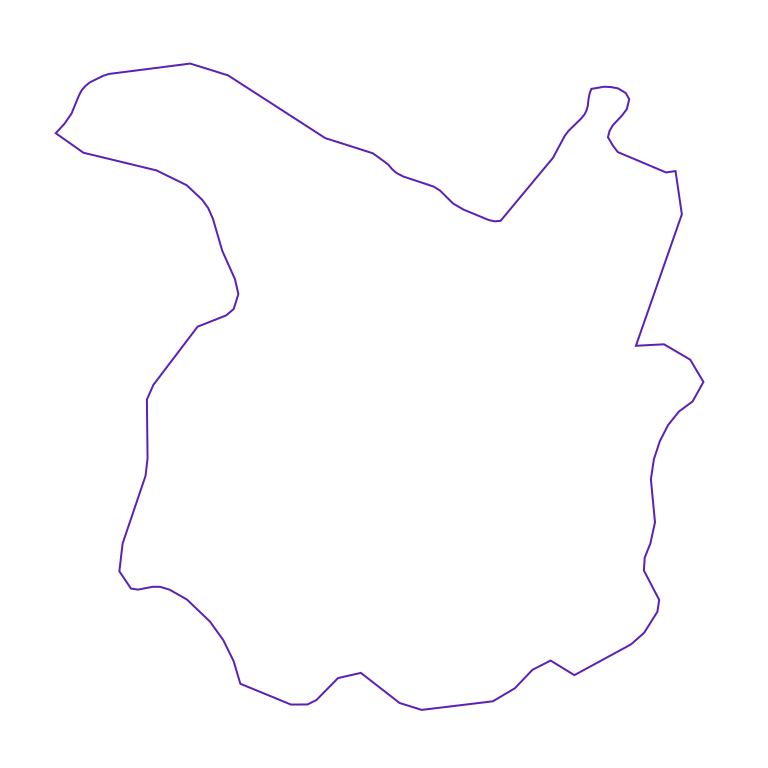 Pistoia, Natural Earth projection, rotated 358°
{"feature_id": "ITA-5384", "entity_name": "Pistoia", "entity_type": "Province", "adm_level": 1, "iso_a3": "ITA", "parent_name": "Italy", "parent_adm1": "", "projection": "natural_earth1", "projection_center": [10.855, 43.979], "detail": "fine", "context": "isolated", "style": "outline", "palette": "violet", "viewbox_px": 768, "rotation_deg": 358, "n_neighbors": 0, "source": "natural_earth", "source_scale": "10m", "svg_char_len": 1455}
<svg xmlns="http://www.w3.org/2000/svg" viewBox="0 0 768 768"><g transform="rotate(358 384 384)"><path d="M131.1,580.9L124.0,579.6L113.0,562.0L117.2,534.3L142.5,467.4L145.1,450.1L146.5,391.3L153.5,376.8L199.7,320.2L228.7,309.9L236.4,303.8L241.6,289.1L238.7,274.0L227.0,245.2L218.8,212.9L214.4,202.0L208.7,193.5L193.8,178.5L164.1,162.6L91.7,142.4L64.7,121.9L73.9,112.6L81.2,102.7L89.1,85.2L92.1,79.9L96.1,75.6L100.7,72.2L114.0,66.2L120.2,64.5L201.5,57.0L238.9,70.1L334.0,136.3L354.6,143.6L381.0,153.1L395.8,164.7L399.5,169.5L403.9,173.6L410.7,177.4L440.4,188.4L446.8,192.7L459.3,206.0L469.8,212.6L494.4,223.8L500.5,225.3L506.2,225.0L560.8,163.8L573.5,142.0L577.4,137.3L590.5,125.4L593.8,121.5L595.6,118.3L597.3,113.5L598.2,107.3L599.5,101.2L601.5,96.3L614.4,94.6L620.7,95.1L628.2,96.7L635.8,101.7L639.0,107.9L636.3,117.7L631.5,123.7L621.8,133.3L618.3,138.8L616.4,145.2L621.2,153.9L625.8,160.4L673.2,182.4L682.8,181.4L687.6,224.8L637.1,354.6L665.2,354.1L690.9,370.4L703.3,393.1L691.8,412.2L677.9,421.7L666.6,434.8L657.7,450.7L651.1,468.6L647.4,488.5L650.0,531.7L644.6,552.8L638.5,566.6L637.2,579.4L651.5,609.4L649.3,621.1L635.3,641.7L621.8,652.8L564.1,681.6L540.8,666.2L522.4,674.8L504.2,692.6L481.7,704.9L410.2,711.0L388.4,703.3L350.8,671.9L327.8,676.3L305.4,697.5L296.3,701.6L279.8,701.1L230.0,678.6L224.0,655.6L214.4,634.3L201.8,615.4L179.6,592.6L162.4,582.0L153.2,578.9L145.7,578.6L131.1,580.9Z" fill="none" stroke="#5b21b6" stroke-width="2"/></g></svg>